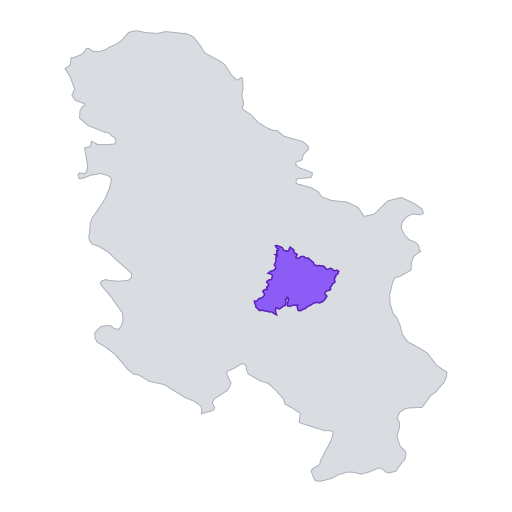 Republic of Serbia, with Pomoravski highlighted
{"feature_id": "SRB-832", "entity_name": "Pomoravski", "entity_type": "District", "adm_level": 1, "iso_a3": "SRB", "parent_name": "Republic of Serbia", "parent_adm1": "", "projection": "robinson", "projection_center": [21.332, 43.988], "detail": "fine", "context": "in_parent", "style": "filled", "palette": "violet", "viewbox_px": 512, "rotation_deg": 0, "n_neighbors": 0, "source": "natural_earth", "source_scale": "10m", "svg_char_len": 9082}
<svg xmlns="http://www.w3.org/2000/svg" viewBox="0 0 512 512"><path d="M296.3,183.6L311.4,187.8L318.2,191.8L321.8,197.0L331.4,200.4L347.1,202.1L358.0,207.4L364.1,216.4L374.1,214.2L387.8,200.9L401.4,197.5L414.8,203.8L422.1,209.1L423.4,213.2L420.3,214.8L412.8,214.0L406.7,216.6L402.0,222.4L401.3,228.7L404.7,235.3L409.4,239.8L415.6,242.4L418.8,245.8L419.3,250.2L420.9,251.4L417.4,253.4L413.7,256.5L411.5,261.7L411.0,270.1L399.2,276.7L394.7,278.0L392.7,282.3L389.6,294.7L390.1,304.0L391.7,308.7L392.5,312.6L396.3,317.3L399.9,324.6L402.3,334.2L407.5,341.6L420.8,348.9L427.4,353.2L432.2,359.4L436.0,364.9L447.0,372.3L446.2,377.6L443.8,382.8L441.3,385.2L435.9,391.9L430.6,395.6L422.0,407.4L408.2,408.0L404.9,408.9L399.7,412.1L397.1,418.0L399.6,422.7L399.4,427.5L396.9,436.7L400.3,446.6L405.2,451.1L406.0,453.7L405.2,458.4L398.0,467.8L395.8,471.3L388.5,473.0L386.0,472.1L382.2,468.9L378.7,467.9L370.0,471.7L361.1,474.1L354.2,472.3L347.3,472.1L342.5,473.6L338.9,474.3L331.9,478.3L320.5,481.3L315.3,480.7L313.3,476.8L311.2,471.3L312.3,468.9L319.7,464.5L320.6,460.4L331.0,440.6L333.0,434.1L333.1,432.0L330.3,430.6L324.6,430.7L299.2,422.6L300.4,413.4L292.9,408.4L284.9,404.0L283.5,399.0L274.6,389.0L268.1,383.4L259.8,380.6L252.6,376.5L248.3,374.0L246.4,369.3L246.4,366.6L244.2,363.9L240.8,364.2L234.9,367.9L227.7,371.1L226.4,373.4L229.0,379.0L230.9,382.5L230.0,385.8L227.7,390.1L213.8,399.4L212.2,402.7L214.8,407.9L213.2,410.4L201.5,413.8L201.8,410.9L201.1,406.3L194.5,401.4L185.1,397.6L164.3,384.6L156.3,382.9L149.2,381.3L138.9,375.1L133.7,374.0L127.9,369.5L115.2,354.5L104.5,346.3L97.1,342.2L95.1,338.1L94.7,334.0L94.9,332.6L100.6,326.7L104.9,325.8L110.4,325.6L114.1,328.6L118.9,329.3L121.6,325.4L123.0,319.9L122.4,313.0L111.0,296.7L101.2,285.3L100.1,282.8L102.3,280.7L105.7,279.6L109.4,280.5L119.1,281.3L128.4,280.3L131.6,277.5L131.6,273.8L128.3,270.3L117.5,261.0L109.1,252.8L99.2,246.5L91.9,244.0L89.7,240.8L88.8,237.3L89.7,231.1L90.3,223.1L92.1,218.1L98.8,208.6L105.2,198.6L109.3,188.9L111.4,179.9L110.7,177.3L107.4,175.4L100.4,173.5L90.7,175.2L82.4,178.4L79.2,178.7L78.1,174.7L79.4,172.9L82.0,173.1L84.1,173.9L86.4,172.1L87.8,166.6L84.6,148.0L90.8,146.4L90.9,143.7L91.5,141.3L97.9,144.6L106.8,144.6L114.6,144.0L115.8,142.1L115.8,139.5L114.2,137.4L111.4,135.7L109.4,133.2L104.1,132.0L87.7,125.3L79.6,118.2L80.0,110.7L82.4,106.5L85.3,105.1L84.4,103.7L75.2,100.2L71.9,95.3L74.7,89.1L70.0,76.4L65.0,68.6L70.1,65.2L70.8,60.5L71.2,57.7L73.3,57.8L81.4,54.5L84.4,51.9L86.1,48.9L88.0,48.1L93.4,51.4L99.1,51.7L105.5,49.6L110.3,46.7L116.1,44.3L118.7,42.6L122.0,40.0L128.8,32.3L136.4,30.7L146.5,32.7L157.5,33.4L165.7,31.6L186.5,33.8L191.0,35.6L193.9,37.6L199.3,44.2L204.5,52.7L211.8,56.7L220.4,61.4L224.9,64.8L231.4,75.0L236.6,80.0L238.3,79.8L240.0,78.5L241.2,77.5L242.6,78.4L242.7,81.5L243.0,88.4L241.7,95.7L243.5,102.6L243.6,104.8L242.3,106.8L242.4,108.6L244.3,110.4L251.3,115.0L257.8,122.1L265.4,127.1L272.4,130.3L276.8,130.5L284.0,136.2L298.3,140.3L302.9,141.7L306.0,144.1L308.3,146.8L308.4,149.7L306.2,151.1L303.2,155.1L301.9,159.9L299.6,161.1L297.3,161.2L295.7,162.6L296.0,164.7L297.9,166.7L300.9,168.5L306.6,170.3L312.3,173.0L312.2,175.1L311.1,177.4L303.9,178.2L298.6,178.6L296.1,179.5L296.3,183.6Z" fill="#d9dde1" stroke="#a8b0b8" stroke-width="1"/><path d="M258.9,310.1L257.6,308.7L257.2,308.1L256.9,307.9L256.2,307.3L255.9,307.0L255.8,306.7L255.7,306.4L255.7,305.4L255.6,304.8L255.4,304.5L255.1,304.0L254.9,303.6L254.5,302.2L254.4,301.0L255.6,301.0L256.0,301.1L256.8,301.3L257.1,301.2L257.3,301.0L257.4,300.9L257.6,300.2L257.8,299.8L258.0,299.4L258.3,299.2L258.8,298.8L259.7,298.3L260.2,298.2L261.0,298.1L261.3,298.0L262.1,297.6L262.6,297.2L263.6,296.1L264.3,295.5L264.4,295.2L264.4,294.9L264.4,294.3L264.4,294.0L264.3,293.7L263.7,292.9L263.3,292.4L263.1,292.1L262.9,291.3L262.9,291.0L263.0,290.8L263.2,290.6L263.5,290.3L264.5,289.8L265.1,289.5L265.3,289.4L265.5,289.4L266.1,289.4L267.0,289.7L267.1,289.1L267.1,288.6L267.1,288.3L266.7,287.1L266.7,286.9L266.8,286.8L266.9,286.6L267.7,286.3L268.4,285.9L268.5,285.7L268.7,285.4L268.7,285.2L268.7,284.9L268.6,284.6L268.1,284.0L267.7,283.3L266.9,282.4L266.7,282.1L266.7,281.8L266.7,281.6L266.8,281.4L267.0,281.2L267.9,280.7L268.7,280.0L268.9,279.8L269.3,279.7L270.5,279.7L270.8,279.7L271.2,279.6L271.3,279.5L271.5,279.4L271.8,278.8L271.9,278.4L271.8,277.8L271.9,277.5L272.0,277.3L272.4,276.6L272.5,276.4L272.5,275.9L272.4,275.6L272.3,275.4L271.2,274.3L271.0,274.1L270.6,273.9L268.0,273.3L269.3,272.2L270.5,271.4L271.3,271.0L272.2,270.8L273.1,270.6L273.7,270.2L274.0,270.0L274.4,269.5L275.2,268.9L275.4,268.7L275.5,268.5L275.7,268.1L275.8,267.0L274.6,265.6L274.5,265.4L274.4,265.2L274.3,264.9L274.4,264.6L274.5,264.4L274.9,263.6L274.9,263.2L276.2,261.1L276.0,260.2L275.8,258.7L275.9,257.4L276.3,256.6L277.3,256.3L275.3,254.7L277.3,254.7L277.1,254.3L276.6,253.8L277.0,252.8L277.2,252.4L277.0,252.1L276.6,251.5L276.6,250.7L278.6,249.9L278.6,249.1L277.1,248.5L275.4,245.8L276.6,245.6L277.1,245.6L277.4,245.6L277.8,245.7L278.6,246.3L279.1,246.4L280.0,246.6L280.5,246.7L281.4,247.2L282.5,247.9L282.6,248.0L283.0,249.2L283.1,249.5L283.5,249.9L284.0,250.4L284.4,250.6L285.6,250.7L286.2,250.8L287.1,251.3L287.4,251.4L287.5,251.4L287.8,251.2L288.5,250.5L288.8,250.2L289.0,249.8L289.2,248.9L289.7,248.0L290.1,247.1L292.1,248.6L293.2,249.3L293.4,249.5L293.6,249.8L293.8,250.1L293.9,250.5L294.0,250.7L293.9,251.5L294.0,251.8L294.1,252.0L294.6,252.7L294.9,253.2L295.1,253.4L295.4,253.6L296.7,253.8L296.9,254.0L297.0,254.1L297.1,254.3L297.1,254.6L297.1,254.8L296.7,255.4L296.5,256.2L296.3,256.4L295.8,257.0L295.8,257.4L295.9,257.7L296.1,257.8L296.4,258.0L296.9,258.1L298.0,258.0L299.4,258.0L299.5,257.9L299.7,257.7L299.9,257.3L300.0,257.2L300.7,256.7L301.3,256.5L303.2,256.4L303.6,256.5L304.2,256.7L304.4,256.9L305.0,257.6L306.1,258.2L306.5,258.2L307.0,258.2L307.6,258.1L308.2,257.9L308.6,258.4L309.3,259.2L310.6,260.2L311.6,261.0L312.3,261.7L312.5,261.9L313.1,262.2L313.4,262.4L313.5,262.6L313.6,262.8L313.7,263.4L314.0,264.2L314.1,264.6L314.4,264.9L314.7,265.1L315.1,265.2L315.9,265.3L316.8,265.7L317.3,265.9L317.7,265.8L318.2,265.6L318.6,265.5L318.9,265.5L319.3,265.5L320.3,265.8L320.6,265.9L321.2,265.9L321.9,265.8L322.2,265.8L322.6,265.9L323.1,266.0L323.8,266.3L324.9,267.1L325.1,267.4L325.3,268.3L325.6,268.6L326.0,268.9L326.7,269.1L327.2,269.3L327.6,269.3L328.4,269.2L328.9,268.9L329.6,268.5L330.0,268.4L330.3,268.3L331.2,268.5L331.7,268.6L331.8,268.7L332.0,268.8L333.1,270.0L333.6,270.3L334.2,270.6L334.6,270.7L335.1,270.7L336.4,270.2L336.7,270.2L337.0,270.2L337.9,270.8L338.8,271.3L338.1,272.7L338.1,273.3L338.0,273.6L337.9,273.8L337.5,274.2L337.2,274.3L336.2,274.6L336.0,274.8L335.9,275.1L335.8,276.4L335.8,276.7L335.7,276.9L334.9,277.4L334.8,277.7L334.7,277.9L334.6,278.4L334.6,279.7L334.4,279.8L334.3,280.0L334.4,280.3L334.8,281.0L335.0,281.4L335.0,281.8L334.8,282.2L334.4,282.6L333.4,283.3L332.9,283.7L332.3,284.2L332.2,284.4L332.0,284.7L331.9,285.2L331.9,285.5L331.7,285.8L331.3,286.3L330.2,287.3L330.1,287.5L330.1,287.8L330.2,288.0L330.6,288.6L330.7,288.8L330.7,289.0L330.5,289.4L330.1,290.0L329.7,290.2L329.6,290.3L328.7,290.3L328.4,290.4L326.5,291.2L325.7,291.6L325.4,292.0L325.1,292.6L325.0,292.9L325.0,293.5L325.0,293.9L325.1,294.1L325.2,294.4L325.4,294.6L326.4,295.5L326.8,295.9L326.9,296.2L326.9,296.4L326.8,296.6L326.6,296.7L326.1,297.2L325.9,297.3L325.8,297.5L325.7,298.3L325.6,298.6L324.4,300.0L323.3,300.9L323.0,301.2L322.9,301.5L321.6,302.2L320.7,302.5L319.9,302.8L319.6,302.9L319.3,302.9L318.8,302.9L318.5,302.8L317.7,302.5L317.4,302.4L316.9,302.4L316.3,302.5L315.5,302.8L315.3,302.8L313.9,303.0L313.7,303.0L313.3,303.4L313.0,303.6L312.4,303.9L312.1,304.1L311.3,304.8L310.9,305.0L310.1,305.2L309.1,305.9L307.9,306.4L307.3,306.8L306.2,307.7L305.8,308.2L305.4,308.6L305.0,308.7L304.7,308.7L304.3,308.7L303.5,309.3L302.8,309.5L302.0,309.8L301.7,310.0L301.1,310.5L300.8,310.6L300.0,310.7L298.6,310.6L298.0,310.1L297.0,305.9L297.7,305.2L295.5,305.1L295.3,305.3L294.6,305.1L293.9,305.1L292.6,305.3L290.9,306.0L289.2,306.3L288.9,306.3L288.5,306.2L287.9,306.0L287.4,305.7L287.1,305.2L287.2,304.6L287.5,304.2L287.7,303.8L287.7,303.3L287.6,302.9L287.6,302.6L287.7,302.4L288.3,301.1L288.4,300.8L288.4,300.3L288.3,299.5L288.4,299.1L288.7,298.6L288.6,298.2L288.4,298.0L288.2,297.8L287.1,297.1L286.9,298.5L286.6,298.9L285.4,299.5L285.9,300.8L285.9,301.1L286.0,301.7L286.0,302.4L285.9,303.0L285.5,303.9L285.3,304.9L285.2,305.2L285.1,305.4L284.8,305.6L284.3,305.8L283.3,306.1L282.9,306.3L282.4,306.9L282.0,307.3L280.6,308.1L279.8,308.8L279.6,308.9L279.4,309.0L279.1,309.0L278.6,308.9L278.4,308.8L277.7,308.2L277.2,307.9L276.3,307.7L276.0,307.8L275.8,308.0L275.7,308.4L275.8,309.0L275.5,309.7L275.4,310.1L275.5,310.6L275.6,311.2L275.6,311.8L275.7,312.1L275.9,312.8L276.6,314.9L274.2,313.6L273.8,313.4L273.3,312.9L273.1,312.8L272.2,312.3L271.7,312.0L271.5,311.9L271.0,311.8L269.9,311.9L268.9,311.9L268.5,311.8L267.6,311.3L267.4,311.2L266.9,311.1L265.5,311.1L264.8,311.0L264.1,310.7L262.7,310.4L262.2,310.2L261.9,310.1L261.6,310.1L261.1,310.3L260.7,310.6L259.7,310.5L259.1,310.3L258.9,310.1Z" fill="#8b5cf6" stroke="#5b21b6" stroke-width="1.5"/></svg>